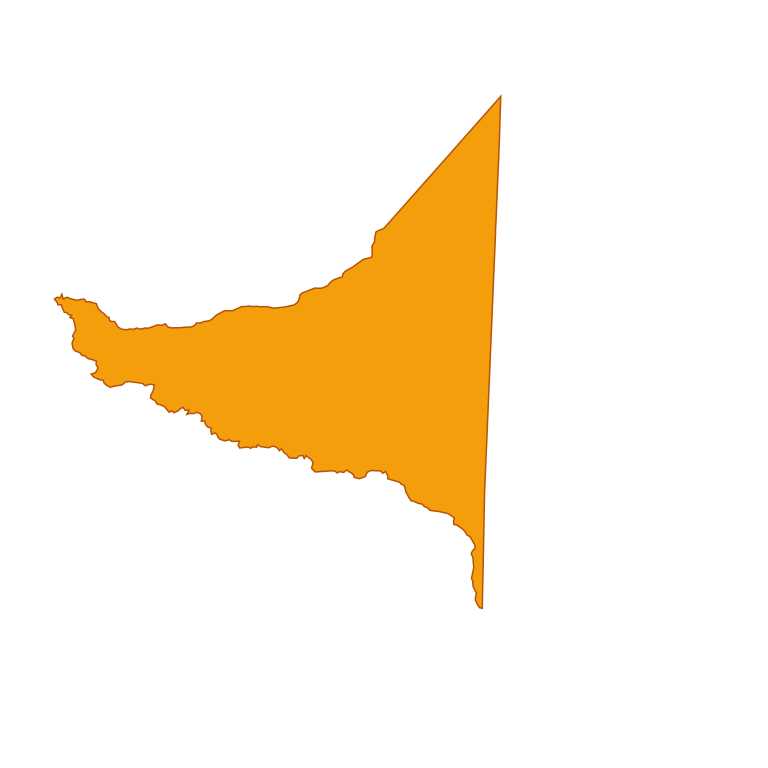 the district of Novo Planalto, Goiás, Brazil, rotated 59°
{"feature_id": "56859067B70004024214037", "entity_name": "Novo Planalto", "entity_type": "district", "adm_level": 2, "iso_a3": "BRA", "parent_name": "Brazil", "parent_adm1": "Goiás", "projection": "natural_earth1", "projection_center": [-49.753, -13.241], "detail": "fine", "context": "isolated", "style": "filled", "palette": "amber", "viewbox_px": 768, "rotation_deg": 59, "n_neighbors": 0, "source": "geoboundaries", "source_scale": "gbopen_adm2", "svg_char_len": 3506}
<svg xmlns="http://www.w3.org/2000/svg" viewBox="0 0 768 768"><g transform="rotate(59 384 384)"><path d="M197.5,135.7L201.5,148.1L236.9,260.5L247.9,295.5L250.6,304.5L249.6,309.6L249.5,312.5L254.0,316.7L257.1,318.7L259.7,323.5L262.0,324.5L267.1,327.6L269.0,329.5L266.5,337.4L267.6,350.5L267.4,359.1L268.4,362.4L270.6,364.5L269.1,371.3L268.8,374.5L269.2,377.1L270.6,381.7L270.1,386.9L269.1,389.4L266.2,393.8L263.8,407.2L264.4,410.3L266.5,412.1L268.3,414.0L269.6,416.8L269.9,420.4L267.0,429.1L263.5,436.8L262.2,439.7L259.0,442.6L256.8,445.5L253.6,451.0L251.9,452.9L250.0,456.7L247.8,459.3L246.0,463.2L244.4,466.0L243.1,476.2L239.0,483.1L238.6,492.0L239.9,498.6L239.8,501.4L237.7,506.2L237.0,510.3L235.1,513.2L236.4,516.7L235.5,520.6L232.6,525.8L230.9,529.6L229.3,532.2L226.4,537.4L223.9,539.8L219.8,540.5L219.1,544.5L216.6,547.9L215.9,551.7L214.8,557.3L212.8,560.2L212.3,562.9L210.8,565.3L208.7,567.1L208.2,570.3L205.8,573.8L204.8,577.0L201.6,580.9L197.7,582.8L191.8,582.6L189.8,585.7L187.6,586.5L185.4,585.4L183.5,587.0L179.7,587.7L175.8,589.3L172.2,590.1L167.1,589.2L161.8,594.1L160.2,597.0L157.1,597.0L155.1,600.7L154.2,604.0L149.7,608.5L146.4,611.0L145.8,615.2L141.1,613.9L143.3,617.2L141.3,619.5L141.5,622.8L145.6,622.1L148.2,622.7L149.9,619.8L152.7,620.5L157.8,621.1L159.7,618.9L162.0,618.7L164.3,616.4L165.3,619.0L167.8,616.8L173.5,618.3L176.2,619.3L179.2,620.7L180.4,623.2L182.6,626.3L185.3,626.2L186.8,628.6L188.7,630.6L193.8,632.3L196.1,632.0L200.7,628.5L203.8,628.2L206.1,625.8L209.6,624.7L212.6,621.8L216.3,618.8L219.1,620.8L222.9,620.8L225.7,625.4L224.7,629.9L228.4,629.3L234.0,625.5L236.0,622.8L239.0,623.4L241.6,622.7L245.7,620.5L247.1,616.0L249.9,608.9L249.2,604.7L250.3,601.7L255.1,595.6L259.0,590.8L262.6,589.5L263.7,584.5L266.3,581.4L269.4,583.9L271.2,585.7L273.2,589.2L275.8,591.4L281.0,588.7L284.2,588.9L286.7,586.4L290.3,583.8L297.6,582.7L297.6,579.5L300.3,579.0L301.0,574.9L300.3,571.1L300.3,568.4L304.1,567.9L305.9,564.7L308.5,568.7L309.2,565.6L311.4,562.3L312.0,558.6L315.1,556.7L317.8,556.5L321.8,559.7L323.6,556.4L325.8,557.7L329.6,557.5L332.9,554.9L335.3,556.7L338.4,557.7L339.0,553.9L341.2,553.2L343.9,553.7L346.1,553.5L348.6,551.7L350.9,549.4L352.1,545.4L354.9,543.9L358.6,537.4L361.4,540.6L364.5,540.7L366.0,537.3L368.2,532.8L370.3,531.5L370.7,527.8L372.6,526.0L371.1,523.7L374.1,522.0L379.2,515.7L379.8,511.8L381.5,509.6L384.3,508.2L387.2,508.1L386.7,505.3L391.5,504.9L394.8,503.6L398.7,503.2L402.7,497.1L401.8,493.7L403.6,490.3L406.8,490.8L405.3,487.6L408.3,486.6L410.8,485.3L414.9,485.3L418.9,489.5L424.0,488.2L431.5,473.5L433.4,470.8L436.0,470.1L436.4,466.8L439.0,464.2L438.5,460.2L441.0,459.3L443.8,457.6L446.3,457.0L448.8,457.6L452.4,454.0L453.7,447.8L451.0,443.8L451.4,439.8L456.5,432.0L460.0,430.8L459.8,427.6L464.2,428.0L467.2,429.5L471.3,425.8L476.2,421.2L478.6,420.9L480.9,419.1L483.4,419.5L488.2,420.9L494.6,421.1L497.8,421.0L500.8,418.2L504.2,415.9L506.6,413.2L509.4,412.7L512.9,410.3L515.9,409.8L521.7,402.5L527.8,396.1L534.7,392.6L537.2,394.8L540.2,396.5L542.9,393.9L545.6,392.8L549.0,391.3L551.8,390.6L556.1,390.7L559.1,388.9L569.0,389.1L571.5,390.3L572.6,394.0L574.4,396.6L579.1,397.3L584.4,400.2L586.7,400.9L591.9,405.6L595.5,409.0L598.6,409.5L603.6,412.0L610.9,412.5L614.0,415.5L616.1,416.9L620.7,417.5L625.1,417.2L626.9,415.3L576.8,383.8L528.5,353.5L498.8,333.9L488.1,326.8L460.2,308.4L358.3,241.2L312.1,210.7L307.6,207.9L303.3,204.9L285.8,193.4L235.8,160.4L210.1,143.9L206.9,141.8L197.5,135.7Z" fill="#f59e0b" stroke="#b45309" stroke-width="1.5"/></g></svg>